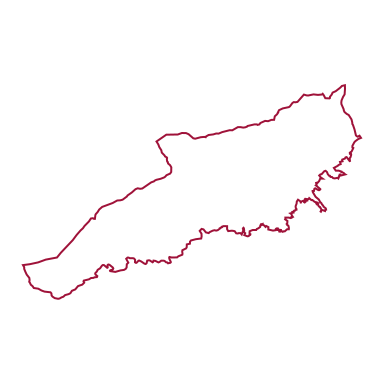 outline of Rau Sadului, Sibiu, Romania
{"feature_id": "2599482B59559363647418", "entity_name": "Rau Sadului", "entity_type": "district", "adm_level": 2, "iso_a3": "ROU", "parent_name": "Romania", "parent_adm1": "Sibiu", "projection": "equal_earth", "projection_center": [24.033, 45.624], "detail": "fine", "context": "isolated", "style": "outline", "palette": "rose", "viewbox_px": 384, "rotation_deg": 0, "n_neighbors": 0, "source": "geoboundaries", "source_scale": "gbopen_adm2", "svg_char_len": 6042}
<svg xmlns="http://www.w3.org/2000/svg" viewBox="0 0 384 384"><path d="M168.0,263.3L170.3,262.8L170.8,262.3L170.8,261.9L169.3,258.7L169.2,257.3L169.5,257.0L171.7,257.5L177.1,257.4L178.3,256.3L182.3,254.7L182.5,253.7L182.2,251.5L182.4,250.2L186.1,248.4L186.7,247.3L186.8,244.4L189.9,243.7L190.0,241.7L190.9,240.5L195.8,239.2L201.2,238.5L201.6,236.6L201.5,233.7L199.7,230.9L201.6,228.9L203.5,229.4L205.9,232.4L208.7,233.1L209.5,232.2L212.6,230.7L214.5,230.2L216.1,230.6L217.7,230.2L220.0,228.5L219.9,228.2L221.8,227.3L221.6,227.0L222.1,226.6L223.6,226.1L227.1,226.2L227.1,229.2L228.2,231.1L231.9,230.7L234.0,231.0L234.8,231.3L236.2,233.3L237.9,233.5L238.7,233.1L240.5,233.1L241.7,234.5L242.7,231.8L243.4,230.8L243.0,229.9L243.5,228.9L243.0,228.3L243.5,227.8L243.9,228.3L244.2,230.8L244.0,232.2L245.2,233.2L244.3,235.1L247.4,236.3L248.7,236.1L249.2,235.2L250.2,234.9L250.4,234.2L249.7,233.8L249.5,233.1L249.7,231.2L252.7,230.0L256.2,230.0L256.8,229.0L258.2,228.4L260.1,227.0L260.3,225.5L261.1,224.1L261.7,224.1L261.9,224.7L262.8,224.0L263.1,225.0L264.0,225.3L265.5,226.9L266.2,226.0L268.4,227.1L268.3,229.5L273.0,230.6L275.6,230.2L275.8,229.0L276.3,228.6L277.3,230.0L277.7,230.0L278.0,229.3L277.5,228.6L277.8,228.4L278.7,229.7L279.3,231.6L280.2,231.6L280.4,229.9L281.0,230.0L281.0,231.0L282.7,231.8L283.0,231.3L284.8,231.3L287.2,229.2L288.8,229.3L288.9,228.8L288.8,227.3L288.3,225.6L287.2,225.0L287.1,224.2L286.7,223.9L287.3,223.1L287.4,220.9L285.1,219.3L285.5,218.5L285.4,217.6L288.6,217.6L290.8,218.1L291.6,217.7L291.3,217.5L291.4,216.9L292.7,216.7L291.9,215.6L291.5,214.2L290.4,213.4L293.3,212.6L292.7,211.8L293.7,211.6L294.0,210.8L294.8,210.8L295.2,210.1L296.5,209.7L296.4,208.8L295.8,208.1L295.6,206.2L296.6,203.6L296.8,201.5L298.0,199.7L300.5,201.4L300.7,202.5L300.9,202.5L301.2,201.6L302.9,200.9L303.8,201.0L304.0,202.1L304.7,202.5L305.6,201.7L305.5,201.4L305.0,201.4L304.6,199.5L305.2,198.8L305.8,198.9L305.6,200.5L307.4,200.5L307.7,199.1L308.7,199.0L309.2,198.1L311.4,200.1L312.4,200.0L314.7,201.9L316.9,202.4L317.4,202.7L316.6,202.8L316.2,203.1L316.2,203.5L317.1,204.5L318.0,204.4L318.4,205.7L319.8,207.3L320.2,207.2L321.5,209.8L320.6,211.5L320.9,211.7L321.7,209.8L325.0,211.0L325.1,210.1L326.1,209.7L325.8,208.4L323.5,206.6L323.2,205.7L321.9,204.3L321.5,203.3L320.0,201.8L318.9,199.6L315.6,196.8L312.9,192.3L312.6,191.3L312.6,191.0L313.9,191.0L314.4,188.8L315.2,188.3L318.4,190.1L319.4,190.1L320.3,189.4L320.3,189.1L315.9,185.4L316.6,185.0L316.1,182.9L316.8,182.7L317.1,183.2L317.7,182.7L319.2,181.0L320.2,178.6L322.5,178.6L320.6,177.3L319.2,175.5L320.4,174.4L321.6,174.2L324.3,171.2L325.6,170.8L327.0,172.1L327.8,174.2L329.3,175.9L330.0,175.9L330.5,176.9L332.0,177.0L333.1,178.1L334.8,178.4L337.5,177.8L338.3,178.5L338.9,177.2L339.2,175.6L339.7,175.4L339.7,174.6L340.4,174.5L340.5,175.6L345.3,174.4L344.1,173.6L343.8,173.0L341.4,172.0L341.5,171.6L338.8,170.7L335.8,170.7L333.9,167.9L337.8,165.8L338.5,165.0L340.7,164.1L340.0,161.9L342.5,161.3L342.1,160.3L342.2,159.6L344.9,158.6L345.5,157.4L346.6,157.1L350.1,161.7L349.6,158.4L350.5,157.2L351.2,154.8L351.0,153.8L349.9,153.8L349.8,152.7L351.6,151.5L353.2,148.3L353.3,147.9L352.4,147.5L352.4,145.9L354.3,142.3L355.3,141.2L358.3,139.0L361.0,137.9L359.5,135.7L357.7,136.7L356.6,136.1L355.9,135.3L354.5,129.4L353.0,125.0L352.4,124.1L352.2,122.2L351.5,119.4L348.7,115.0L346.7,113.9L344.6,112.1L343.9,110.7L343.6,109.1L341.4,104.1L341.3,102.3L341.6,100.3L343.1,96.8L344.6,94.4L345.0,88.9L344.9,85.2L342.0,85.9L340.2,87.7L335.7,91.2L332.6,92.6L331.7,94.6L330.0,96.7L329.9,98.1L329.5,98.4L325.3,98.2L323.8,95.3L322.7,93.8L322.0,94.5L318.0,94.9L313.5,94.4L308.2,95.5L306.6,95.4L303.9,94.6L297.5,101.9L295.4,102.3L293.8,102.1L292.5,102.9L289.9,106.4L288.9,107.1L282.8,108.4L279.0,110.2L277.8,112.7L278.0,112.8L277.0,114.3L274.8,116.3L274.1,119.8L271.3,119.9L268.1,121.2L265.1,120.9L260.4,123.0L259.4,124.4L257.5,124.9L256.9,124.4L254.4,124.4L247.5,126.0L247.1,126.6L245.3,127.3L243.2,127.6L240.4,127.1L237.9,127.1L232.3,130.3L229.7,130.2L222.2,132.1L218.6,133.6L216.2,133.5L213.3,134.4L208.6,135.0L206.0,136.5L205.7,137.2L204.4,136.9L200.8,137.2L195.2,138.7L193.3,138.3L188.6,134.2L186.1,133.1L181.9,133.0L177.8,134.5L166.3,134.7L156.5,141.5L158.3,144.4L159.3,147.1L161.3,150.2L161.8,152.6L164.6,155.5L165.0,156.4L166.9,157.5L167.1,158.0L166.8,158.9L167.2,161.6L167.8,162.0L168.1,163.5L170.1,165.2L171.3,167.3L171.2,172.0L170.1,173.6L166.5,175.2L165.2,176.7L164.0,177.5L160.6,178.8L156.4,179.8L154.9,180.5L153.9,181.4L151.3,182.3L142.3,188.5L140.1,188.8L137.7,188.3L135.5,189.2L131.8,192.5L127.5,195.5L126.9,196.5L122.6,199.7L120.3,200.3L117.2,200.5L112.7,203.0L102.2,206.9L99.2,209.5L97.6,212.1L95.8,214.1L95.4,214.9L94.9,218.9L94.0,218.9L92.9,218.2L90.9,218.5L88.9,221.5L84.5,226.0L82.9,228.3L80.6,230.4L76.6,235.0L72.8,240.1L60.8,252.8L57.0,257.5L45.8,259.6L38.1,262.4L29.8,264.2L23.0,265.1L24.2,267.2L24.2,268.9L25.3,271.6L26.7,274.6L29.3,277.9L29.6,280.1L29.2,281.8L29.7,282.3L30.8,284.7L32.6,286.2L33.8,288.0L38.3,288.7L41.5,290.5L44.5,291.6L50.5,292.3L51.4,293.4L51.6,295.5L52.5,296.6L54.7,298.1L58.1,298.8L59.6,298.5L61.5,297.4L63.4,296.7L65.1,295.1L68.7,294.1L70.4,293.2L71.9,290.8L75.3,289.4L78.0,286.1L82.3,284.6L84.2,282.7L83.5,281.4L83.8,280.6L89.0,279.3L91.1,278.0L93.3,277.9L94.6,277.3L96.9,277.1L97.3,276.1L95.5,274.5L95.2,273.8L95.4,273.0L96.8,271.6L97.7,269.8L100.1,268.3L101.9,265.7L102.9,265.0L104.0,265.1L107.2,267.8L107.7,267.5L107.5,265.4L107.7,264.9L108.3,264.5L109.5,264.8L112.8,267.5L113.3,268.4L112.9,269.3L112.4,269.6L110.3,270.3L110.0,270.6L110.2,271.1L115.3,271.9L120.5,270.4L124.0,269.9L125.7,268.9L126.6,267.5L126.8,264.2L128.3,262.7L126.2,258.8L127.5,257.6L128.6,257.6L129.8,258.2L133.1,258.2L134.2,258.6L135.1,259.8L135.0,262.3L136.0,262.9L136.6,262.7L138.5,260.7L139.1,260.5L141.3,261.5L144.5,263.7L145.7,264.0L146.6,263.2L147.2,260.6L148.8,260.3L149.7,260.4L152.6,262.3L153.1,261.9L153.5,260.6L155.4,260.9L158.4,262.4L159.5,262.0L161.2,260.7L163.6,260.7L164.5,260.9L166.1,262.3L167.4,262.5L168.0,263.3Z" fill="none" stroke="#9f1239" stroke-width="2"/></svg>